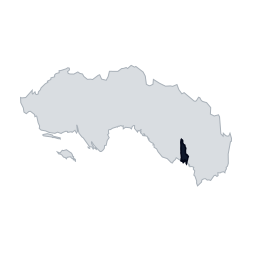 Piteå, Norrbotten, Sweden (highlighted), rotated 76°
{"feature_id": "70781695B63326994968930", "entity_name": "Piteå", "entity_type": "district", "adm_level": 2, "iso_a3": "SWE", "parent_name": "Sweden", "parent_adm1": "Norrbotten", "projection": "natural_earth1", "projection_center": [20.903, 65.376], "detail": "fine", "context": "in_parent", "style": "filled", "palette": "ink", "viewbox_px": 256, "rotation_deg": 76, "n_neighbors": 0, "source": "geoboundaries", "source_scale": "gbopen_adm2", "svg_char_len": 5220}
<svg xmlns="http://www.w3.org/2000/svg" viewBox="0 0 256 256"><g transform="rotate(76 128 128)"><path d="M57.8,171.2L58.6,173.0L60.6,172.8L61.5,171.4L62.6,167.5L61.5,163.1L63.4,161.5L64.6,159.1L67.3,158.4L71.0,155.6L71.5,152.7L72.4,150.6L69.7,144.2L69.5,142.6L74.2,141.8L76.4,137.6L73.3,134.8L68.5,132.3L70.6,124.2L68.8,119.8L69.1,117.9L68.9,115.1L70.2,114.0L68.0,109.8L70.5,107.0L70.2,105.5L77.3,99.8L81.8,98.7L90.1,99.6L92.1,97.3L92.3,96.1L91.6,93.2L87.0,91.6L92.3,86.5L96.5,81.5L97.4,76.7L98.4,74.6L97.7,70.0L103.0,69.4L107.8,67.5L107.3,65.0L118.0,57.2L118.4,55.8L117.6,54.5L115.2,52.1L116.0,51.0L118.8,50.3L120.2,49.3L122.4,45.6L128.2,42.8L134.4,44.7L137.2,41.5L137.1,37.0L139.4,36.5L156.1,39.3L159.0,37.7L156.1,36.8L159.0,35.0L159.8,33.9L160.1,32.7L160.0,32.0L157.7,30.3L163.0,30.1L165.9,30.9L166.1,31.9L177.5,37.1L186.5,39.2L189.1,40.7L190.0,42.3L191.5,42.4L193.1,44.0L194.9,44.8L193.5,45.9L193.5,48.4L193.9,49.5L193.1,51.6L196.0,52.1L196.5,53.4L194.9,54.7L195.1,56.1L198.9,60.5L197.9,62.0L197.7,63.8L195.9,65.1L195.7,66.5L196.0,68.3L196.5,69.1L198.2,69.7L201.0,74.5L198.1,74.8L196.0,74.2L190.9,74.7L189.7,75.5L185.8,73.6L183.6,74.6L182.1,73.7L180.9,75.2L180.5,77.4L178.7,77.2L179.4,78.0L176.9,78.3L176.8,78.6L177.3,79.1L176.5,79.8L173.1,80.0L172.7,80.7L173.6,81.5L173.6,82.1L171.4,81.3L172.9,82.8L173.2,84.0L168.5,88.4L170.0,89.6L171.3,92.1L172.7,93.3L172.1,94.4L167.2,97.3L164.4,101.7L158.3,104.6L155.1,105.3L153.0,107.4L150.6,106.7L150.5,107.9L149.0,107.2L147.6,109.0L145.4,110.6L143.0,110.3L142.7,110.6L143.5,111.0L140.7,111.4L139.8,113.1L137.8,113.5L137.4,114.0L139.5,114.1L139.0,115.4L136.7,116.1L135.8,117.0L134.7,116.9L134.9,116.3L133.4,116.3L132.9,115.6L132.6,115.8L133.6,117.9L132.8,118.8L134.3,119.7L129.9,121.8L127.3,121.0L126.9,121.6L127.5,123.5L129.7,124.9L128.3,125.9L126.7,130.2L127.7,132.8L124.7,132.2L124.9,133.2L123.9,134.3L124.2,136.0L123.9,137.1L124.6,138.1L124.2,138.6L124.5,143.3L125.3,145.3L125.0,147.0L126.2,147.8L128.8,148.0L129.5,149.4L132.8,148.6L135.1,151.2L139.5,153.4L139.3,154.9L142.1,156.0L143.7,158.0L144.3,159.6L144.1,160.7L139.6,163.5L136.2,165.3L132.6,166.5L132.8,166.9L134.5,167.1L138.8,165.8L140.0,166.9L137.7,167.5L137.2,169.1L136.2,170.1L126.7,173.8L125.5,174.9L121.2,176.8L113.7,176.7L112.5,177.1L119.0,177.8L120.5,179.2L117.4,180.0L118.7,183.3L117.9,184.0L117.7,187.6L116.6,187.7L116.1,189.2L116.6,192.8L117.1,193.8L116.8,194.8L115.0,197.3L115.5,200.2L113.3,205.5L110.9,208.6L109.0,212.8L107.0,214.2L104.7,213.3L101.2,213.9L94.9,213.7L94.1,214.1L94.5,215.6L92.3,215.4L88.2,218.6L88.0,220.2L89.5,223.2L87.4,225.1L83.2,224.7L77.5,225.9L72.4,224.9L73.1,223.9L73.7,219.9L68.2,211.8L70.9,212.6L72.0,212.2L70.4,209.5L72.8,209.4L73.5,208.4L73.2,206.9L71.3,206.2L69.7,203.8L68.0,202.6L65.2,197.8L64.2,194.6L63.1,194.9L62.3,191.2L60.7,190.6L60.6,186.8L58.8,186.4L57.8,184.7L57.7,181.4L55.7,181.0L56.0,179.4L55.6,173.7L55.0,171.9L55.6,170.6L56.8,170.5L57.8,171.2ZM145.0,188.8L144.1,189.2L143.5,190.2L142.0,190.8L141.7,194.1L143.0,195.3L141.6,195.9L140.6,197.6L138.0,198.8L137.0,199.9L136.4,201.5L134.1,202.4L135.8,200.0L133.7,197.2L134.3,196.2L134.2,193.0L138.8,188.9L140.9,188.4L141.9,188.9L142.3,187.9L143.0,187.7L145.0,188.8ZM115.2,211.8L114.1,212.5L113.8,211.5L114.0,207.6L116.6,203.0L117.8,202.7L121.0,196.5L121.3,196.1L122.4,196.5L121.6,197.1L121.6,198.1L119.6,201.4L119.0,203.6L118.3,204.1L115.2,211.8ZM145.9,187.6L145.7,188.5L144.6,187.7L145.7,186.7L148.0,187.0L145.9,187.6ZM141.0,163.9L139.5,165.3L139.2,164.7L139.6,164.0L141.0,163.9ZM137.7,171.3L136.9,171.4L137.5,170.4L138.5,170.2L137.7,171.3Z" fill="#d9dde1" stroke="#a8b0b8" stroke-width="1"/><path d="M158.2,77.2L158.2,77.4L157.8,77.8L157.4,78.0L156.9,78.2L156.5,78.3L156.2,78.5L155.6,78.5L155.3,78.5L154.8,78.3L154.5,78.2L154.1,78.2L153.7,78.2L153.4,78.0L153.0,78.1L152.5,78.4L152.3,78.7L152.2,78.9L151.9,79.0L152.2,79.3L152.6,79.4L153.0,79.6L153.4,79.7L153.7,79.8L154.0,80.0L154.6,80.2L155.4,80.3L156.0,80.5L156.7,80.6L157.2,80.7L157.6,80.8L158.8,81.1L159.8,81.4L160.5,81.6L161.1,81.7L161.8,81.9L162.9,82.1L164.2,82.4L164.9,82.7L167.1,82.9L168.9,83.2L169.5,83.2L170.1,83.5L170.6,83.8L171.2,84.1L171.8,84.2L172.6,84.6L172.8,84.3L172.9,83.9L173.3,83.8L173.4,83.5L173.3,83.2L173.0,82.9L172.9,82.8L172.6,82.6L172.9,82.4L173.2,82.4L173.6,82.4L173.9,82.6L174.1,82.6L174.2,82.8L174.4,82.8L174.7,82.9L174.9,82.9L175.0,82.7L174.8,82.5L174.6,82.3L174.6,82.1L174.3,81.7L174.2,81.4L173.9,81.3L173.5,81.2L173.3,81.1L173.1,81.0L172.7,80.9L172.4,80.6L172.4,80.4L172.6,80.3L172.9,80.2L173.3,80.1L173.7,80.0L174.0,79.9L174.5,79.9L175.5,79.9L176.0,80.0L176.4,80.1L176.8,80.0L176.3,79.7L176.2,79.6L175.9,79.3L175.6,79.2L175.3,79.1L174.8,78.9L173.9,78.4L173.0,77.9L172.1,77.5L171.7,77.3L171.3,77.1L170.9,77.1L170.7,76.9L170.7,76.6L170.5,76.4L169.9,76.5L169.4,76.7L169.1,76.8L168.6,77.0L168.2,77.3L168.4,77.5L168.5,77.6L168.0,77.9L167.6,78.0L167.3,78.1L166.9,78.3L166.6,78.3L166.3,78.2L166.1,78.2L165.9,78.3L165.7,78.2L165.4,78.1L165.1,78.0L164.6,77.9L164.0,77.9L163.7,77.7L163.3,77.5L162.9,77.4L162.6,77.3L162.3,77.1L162.0,77.0L161.8,76.9L161.5,76.8L161.2,76.9L161.0,77.0L160.6,77.1L160.3,77.2L159.9,77.2L159.6,77.2L159.3,77.0L159.0,77.1L158.8,77.2L158.5,77.2L158.2,77.2Z" fill="#0f172a" stroke="#020617" stroke-width="1.5"/></g></svg>